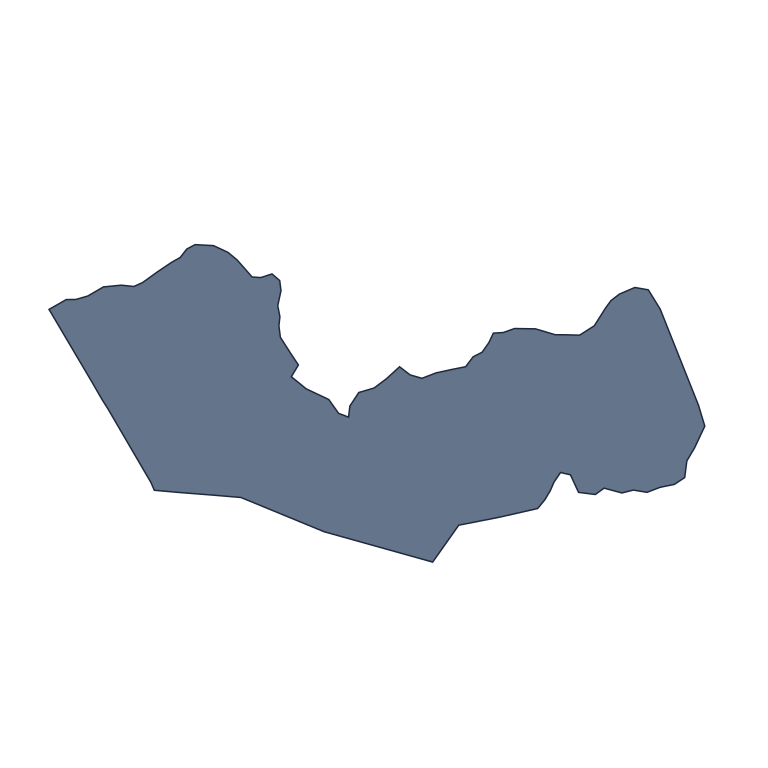 Carpina, Pernambuco, Brazil (orthographic projection), rotated 159°
{"feature_id": "56859067B99031054776373", "entity_name": "Carpina", "entity_type": "district", "adm_level": 2, "iso_a3": "BRA", "parent_name": "Brazil", "parent_adm1": "Pernambuco", "projection": "orthographic", "projection_center": [-35.313, -7.827], "detail": "fine", "context": "isolated", "style": "filled", "palette": "slate", "viewbox_px": 768, "rotation_deg": 159, "n_neighbors": 0, "source": "geoboundaries", "source_scale": "gbopen_adm2", "svg_char_len": 1283}
<svg xmlns="http://www.w3.org/2000/svg" viewBox="0 0 768 768"><g transform="rotate(159 384 384)"><path d="M99.6,229.7L98.0,251.8L99.3,354.9L103.5,377.2L115.2,384.2L131.9,383.6L142.3,380.5L150.4,375.2L166.8,363.0L183.9,359.5L196.7,364.8L206.6,368.7L222.8,381.2L242.2,389.0L254.2,389.3L263.7,392.3L271.2,385.1L281.0,378.5L290.9,377.5L301.6,370.9L315.7,373.3L331.2,375.7L346.5,375.7L356.4,383.2L363.3,394.5L379.9,388.0L394.7,383.8L410.6,385.1L423.7,375.7L429.0,365.8L436.9,372.9L441.1,389.3L458.4,407.4L467.9,424.0L457.1,432.4L459.9,444.8L464.0,464.7L461.3,475.9L457.1,484.0L455.1,495.2L446.7,508.1L444.3,517.9L449.1,526.9L460.9,527.5L468.8,531.2L476.6,552.3L482.5,562.8L493.6,574.3L510.4,581.8L519.7,580.7L528.8,575.2L538.7,573.7L554.9,570.0L573.1,565.2L582.6,564.7L593.8,570.4L611.1,575.2L629.0,572.3L641.6,573.4L650.3,576.7L670.0,573.7L667.3,557.7L656.0,490.7L652.9,471.1L650.5,459.0L643.1,413.5L636.9,375.7L636.5,367.1L615.3,356.7L583.0,341.3L558.2,329.3L492.7,267.4L402.4,200.3L364.8,225.4L323.5,218.2L285.2,212.7L275.4,218.2L267.0,224.8L260.4,231.5L250.9,238.1L242.5,232.4L241.2,213.1L226.3,205.1L215.9,207.9L200.9,197.0L189.2,195.6L177.3,188.6L163.3,188.6L148.9,186.2L136.8,188.9L128.8,203.7L116.9,213.1L99.6,229.7Z" fill="#64748b" stroke="#1e293b" stroke-width="1.5"/></g></svg>